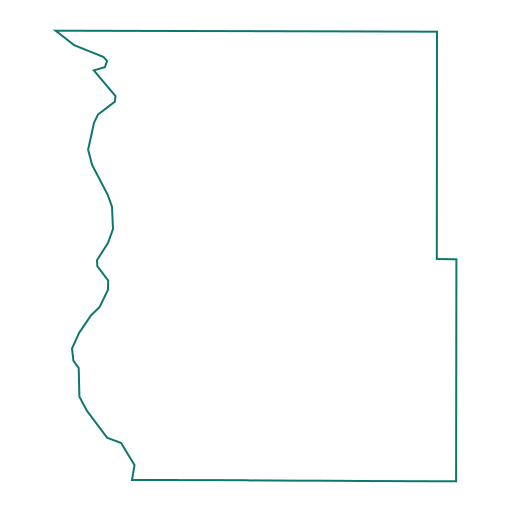 the district of Emmons, North Dakota, United States of America
{"feature_id": "52423323B40885711739246", "entity_name": "Emmons", "entity_type": "district", "adm_level": 2, "iso_a3": "USA", "parent_name": "United States of America", "parent_adm1": "North Dakota", "projection": "natural_earth1", "projection_center": [-100.392, 46.288], "detail": "fine", "context": "isolated", "style": "outline", "palette": "teal", "viewbox_px": 512, "rotation_deg": 0, "n_neighbors": 0, "source": "geoboundaries", "source_scale": "gbopen_adm2", "svg_char_len": 808}
<svg xmlns="http://www.w3.org/2000/svg" viewBox="0 0 512 512"><path d="M352.3,31.4L55.6,30.7L74.2,45.2L103.5,57.0L107.1,61.0L104.9,67.1L93.8,70.4L115.5,96.1L114.8,101.7L98.0,114.5L94.0,122.8L88.1,149.7L92.1,164.9L107.8,195.0L112.0,206.8L113.0,229.0L108.0,242.9L97.0,260.2L97.3,266.1L108.2,280.6L107.9,289.9L99.6,307.0L90.9,315.5L79.1,332.9L72.0,348.5L73.4,360.7L78.7,368.0L79.4,396.6L86.9,410.8L107.2,437.8L121.1,443.0L134.5,465.1L132.0,480.0L138.4,480.0L157.2,480.0L173.7,480.0L176.9,480.0L179.0,480.1L184.1,480.1L243.7,480.2L248.2,480.3L248.8,480.4L253.2,480.5L253.6,480.4L306.9,480.7L316.5,480.7L321.9,480.7L338.0,480.8L338.9,480.8L351.4,480.9L359.1,481.0L391.7,481.1L412.1,481.2L455.9,481.3L456.1,481.3L456.4,259.3L436.8,259.0L437.0,31.7L352.3,31.4Z" fill="none" stroke="#0f766e" stroke-width="2"/></svg>